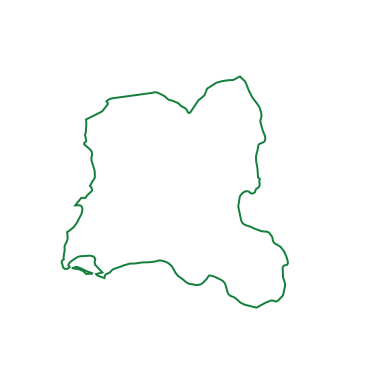 an SVG outline of Murcia, rotated 116°
{"feature_id": "ESP-5836", "entity_name": "Murcia", "entity_type": "Autonomous Community", "adm_level": 1, "iso_a3": "ESP", "parent_name": "Spain", "parent_adm1": "", "projection": "robinson", "projection_center": [-1.387, 38.068], "detail": "fine", "context": "isolated", "style": "outline", "palette": "green", "viewbox_px": 384, "rotation_deg": 116, "n_neighbors": 0, "source": "natural_earth", "source_scale": "10m", "svg_char_len": 3689}
<svg xmlns="http://www.w3.org/2000/svg" viewBox="0 0 384 384"><g transform="rotate(116 192 192)"><path d="M307.8,233.0L308.5,240.4L307.8,242.2L303.6,237.3L299.9,247.1L297.9,248.7L294.5,249.6L293.2,252.2L293.8,255.6L298.8,264.3L300.3,266.1L305.3,269.3L308.8,270.9L311.8,271.2L313.1,269.0L315.9,270.6L316.9,272.7L316.3,274.9L314.1,276.6L312.9,277.9L311.5,278.6L310.2,278.6L308.8,277.7L307.4,278.6L303.2,280.1L300.7,280.7L296.3,282.9L290.6,282.9L288.6,283.3L286.5,284.3L282.8,286.7L281.4,285.7L275.4,282.9L270.3,282.0L260.6,281.7L257.9,282.1L255.5,282.9L253.8,284.3L253.0,286.1L253.5,287.9L255.2,291.1L250.4,290.0L245.8,288.9L244.8,286.8L244.0,285.2L240.8,284.7L236.3,283.0L234.2,282.4L231.9,284.6L231.3,286.4L227.0,286.2L221.8,285.6L217.3,287.8L214.9,289.4L208.1,295.8L205.5,297.4L202.5,298.0L201.7,298.4L200.5,299.3L199.3,300.3L198.9,301.2L198.5,302.1L196.8,308.2L196.7,309.4L195.4,310.4L194.5,310.1L193.6,309.5L192.6,309.4L191.2,310.2L188.2,312.8L186.8,313.3L184.5,313.7L176.7,317.0L173.2,319.0L159.4,308.4L158.0,307.9L150.1,306.1L149.4,306.3L148.7,307.0L148.5,307.9L148.1,308.6L147.3,308.4L146.1,307.8L145.0,307.1L143.2,305.4L120.4,271.3L119.0,269.7L118.4,268.6L117.9,266.7L117.7,263.6L117.8,262.1L117.9,259.2L118.1,257.8L118.8,255.9L119.3,253.5L119.2,252.2L118.6,250.3L118.2,243.7L118.4,242.6L119.5,239.7L119.6,238.6L119.6,235.3L119.9,233.9L120.5,232.6L122.3,230.4L122.3,229.3L121.2,228.4L106.9,226.5L101.4,223.9L99.5,223.2L92.4,223.7L86.6,220.1L83.2,218.1L78.8,213.1L75.7,208.5L73.7,204.8L73.6,204.5L73.5,204.4L72.3,203.3L67.1,199.6L69.3,193.0L70.1,191.7L75.9,185.4L80.5,179.3L84.9,170.7L86.5,168.2L90.9,164.2L92.8,163.1L94.6,162.5L97.6,161.9L99.4,161.0L105.8,155.3L109.8,150.8L112.3,149.3L114.0,149.0L115.2,149.2L116.4,149.9L119.0,152.3L119.9,152.8L121.1,152.8L125.2,151.5L130.0,150.6L132.5,149.8L136.2,147.8L142.0,143.6L149.9,139.0L150.4,137.9L150.4,136.9L150.6,136.6L151.3,136.6L153.3,136.1L154.3,135.1L155.4,134.5L156.8,134.1L158.0,134.1L159.0,134.3L160.7,135.4L161.6,135.8L164.1,135.4L165.1,135.5L165.9,136.0L166.6,136.7L167.1,137.4L167.3,138.3L167.3,139.3L166.9,140.2L166.8,141.2L166.9,142.2L167.3,143.1L167.8,144.0L168.5,144.8L169.4,145.3L171.4,146.3L172.7,146.7L174.2,147.0L175.7,146.9L184.7,144.1L195.8,135.5L197.2,133.9L197.9,132.7L198.2,131.3L198.3,129.8L198.2,128.4L197.5,123.9L197.6,120.8L197.1,115.0L196.6,112.0L195.8,109.5L195.2,108.4L195.0,107.7L194.8,106.6L194.7,105.5L195.0,104.5L195.4,103.5L197.2,100.3L198.6,99.1L200.4,97.9L201.3,96.6L201.9,95.4L202.1,92.6L202.1,91.2L202.5,88.3L205.1,83.1L209.8,77.7L212.4,75.5L214.5,74.5L215.7,74.7L216.6,75.6L217.4,76.7L218.5,77.4L220.2,77.4L228.7,72.8L232.6,69.1L234.0,67.9L235.5,67.2L244.5,65.0L246.0,65.2L251.5,66.9L252.8,67.6L253.6,68.5L253.9,69.8L254.0,71.2L254.4,72.4L255.0,73.6L259.2,77.3L267.7,83.4L270.2,95.3L270.2,100.0L268.7,105.1L268.2,108.0L268.5,112.3L268.1,113.7L267.4,115.0L266.4,116.2L260.6,121.3L259.6,122.7L258.6,124.7L258.2,127.6L258.3,135.2L258.8,138.0L259.4,139.8L260.7,140.3L263.7,140.7L269.3,142.5L271.1,143.7L271.9,144.4L273.6,147.0L275.8,154.4L275.8,156.6L275.2,159.7L274.7,161.1L273.7,166.9L273.3,168.4L272.1,171.0L267.7,177.4L266.9,179.5L266.2,182.9L266.5,186.5L267.2,189.9L268.1,191.8L269.2,193.1L270.1,194.0L270.7,194.7L273.9,199.6L276.3,204.4L276.4,204.5L278.1,207.4L279.1,208.7L281.2,211.8L283.0,215.4L283.9,216.8L288.2,221.5L289.4,222.5L295.9,228.9L297.1,229.6L299.8,230.4L301.1,231.1L302.2,232.1L303.1,232.9L303.7,233.3L304.9,233.6L307.7,233.0L307.8,233.0ZM312.1,251.2L310.7,255.3L311.0,259.6L313.1,266.5L309.9,263.0L309.3,257.6L309.4,251.5L308.7,246.3L309.5,246.2L309.7,246.5L309.7,247.0L309.9,247.4L310.4,248.2L311.3,250.1L312.1,251.2Z" fill="none" stroke="#15803d" stroke-width="2"/></g></svg>